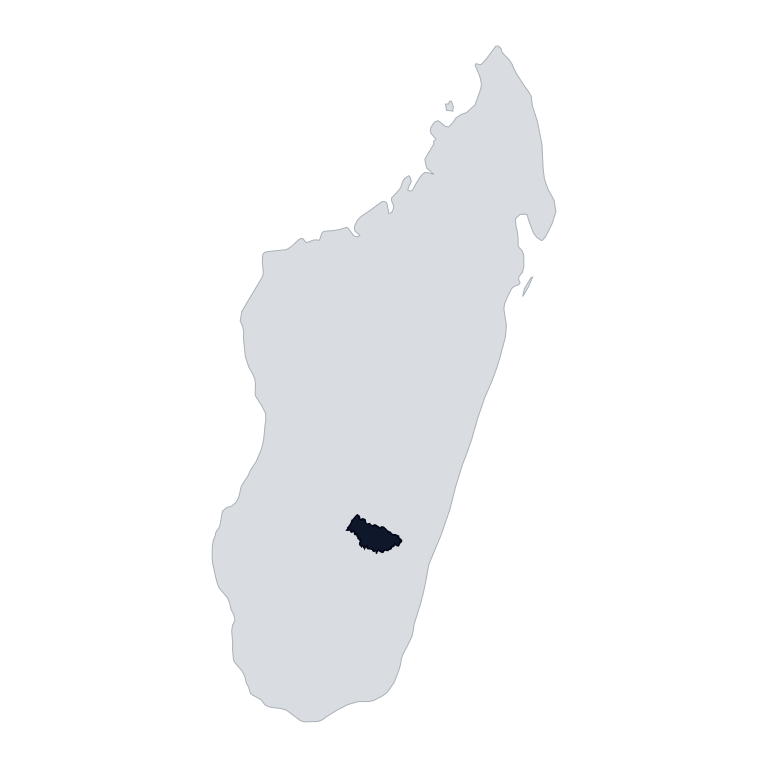 Ambalavao, Haute Matsiatra, Madagascar (highlighted)
{"feature_id": "10022922B7475622417535", "entity_name": "Ambalavao", "entity_type": "district", "adm_level": 2, "iso_a3": "MDG", "parent_name": "Madagascar", "parent_adm1": "Haute Matsiatra", "projection": "orthographic", "projection_center": [46.669, -21.841], "detail": "fine", "context": "in_parent", "style": "filled", "palette": "ink", "viewbox_px": 768, "rotation_deg": 0, "n_neighbors": 0, "source": "geoboundaries", "source_scale": "gbopen_adm2", "svg_char_len": 8718}
<svg xmlns="http://www.w3.org/2000/svg" viewBox="0 0 768 768"><path d="M511.9,63.9L514.1,69.1L516.7,74.1L524.7,86.4L528.2,91.1L531.1,96.1L532.4,105.9L537.4,121.4L542.0,144.5L543.1,168.2L544.4,179.1L548.1,189.4L554.1,200.2L555.9,212.1L551.9,224.1L546.2,235.5L544.8,237.6L542.1,240.5L541.0,240.3L536.7,237.3L533.2,232.4L528.8,220.8L527.2,215.0L525.4,214.1L520.0,214.5L516.1,218.0L515.4,220.2L516.1,226.7L517.5,232.5L518.1,238.4L518.1,245.8L519.5,248.1L521.6,250.0L523.7,254.9L523.9,266.5L522.4,272.3L518.6,277.2L518.8,280.0L520.1,282.9L518.8,284.6L513.8,286.6L511.8,288.5L509.0,293.6L504.5,303.9L503.9,309.2L506.4,325.5L505.4,337.0L499.6,358.8L496.3,369.2L491.7,381.6L484.6,398.0L477.6,418.5L471.6,439.7L467.2,452.4L462.3,465.0L455.5,487.1L449.8,509.7L441.3,534.5L429.8,562.1L428.6,565.7L426.1,579.8L423.5,592.1L420.4,604.3L414.1,624.3L413.3,630.5L411.9,636.5L405.8,649.0L403.2,653.7L401.4,658.7L400.4,665.0L398.6,671.1L394.2,682.3L387.6,691.9L383.2,695.4L373.7,700.5L368.8,701.5L358.1,701.6L347.7,704.6L336.9,710.2L326.6,716.6L322.6,719.7L318.2,721.4L304.5,721.9L300.4,720.6L286.5,710.2L281.2,708.6L271.0,707.3L268.0,706.4L265.2,705.1L261.0,699.7L252.8,695.2L250.8,693.8L249.5,690.6L248.6,687.1L246.4,683.3L244.7,676.0L242.0,670.9L234.3,662.0L233.4,659.1L232.6,649.5L232.7,643.0L231.7,631.0L232.5,625.4L235.0,620.3L233.8,614.8L230.9,609.2L229.7,603.2L227.5,597.8L219.3,588.2L217.4,583.5L216.0,578.5L212.6,563.1L212.1,557.7L212.3,546.3L213.3,540.3L215.1,536.2L215.6,533.1L216.8,530.5L218.6,528.4L219.8,525.8L222.5,511.2L226.3,507.8L231.9,505.9L236.3,502.0L238.9,496.8L241.3,486.1L248.2,475.4L250.7,469.8L256.3,461.4L261.3,449.5L262.8,443.9L263.8,438.2L265.0,425.7L265.9,419.5L265.6,413.4L262.5,407.1L255.4,395.8L255.1,393.6L255.5,385.1L254.9,379.0L252.2,372.9L248.8,367.1L245.3,356.4L243.5,338.6L243.7,332.1L242.7,326.4L240.2,321.0L241.8,311.4L262.6,276.5L263.3,272.4L262.3,261.9L262.6,255.8L263.4,253.5L265.0,252.2L268.6,251.5L285.9,249.7L288.1,248.7L292.4,245.7L298.3,240.0L301.0,238.4L303.3,238.9L304.8,241.3L306.8,242.6L313.7,240.0L316.4,239.9L319.1,240.3L320.4,238.0L321.2,234.8L322.2,232.6L324.0,231.3L333.0,230.6L338.7,229.7L346.2,227.5L347.8,227.9L353.8,235.8L355.6,236.4L357.9,236.8L359.9,235.3L355.1,231.2L354.3,228.9L354.6,226.2L357.2,220.5L361.5,216.2L371.2,209.6L381.3,202.0L384.2,201.5L386.7,202.7L388.6,211.6L388.3,213.1L389.9,213.3L391.8,212.2L393.5,208.6L393.6,205.6L392.2,202.7L391.6,200.3L391.5,198.0L396.6,192.7L400.7,187.7L402.6,181.7L404.2,178.9L408.4,175.8L409.7,176.3L410.7,178.8L411.2,181.5L410.1,184.2L408.5,186.8L407.9,190.4L410.3,191.1L412.5,190.2L415.9,183.8L419.7,177.8L421.9,174.7L424.8,172.5L429.4,173.0L434.0,174.4L426.6,168.0L424.8,159.2L433.7,144.2L433.8,141.0L435.1,140.1L435.7,138.9L431.2,133.7L430.3,131.2L430.9,127.4L433.1,124.0L435.2,121.6L438.0,120.7L440.2,122.1L445.2,126.3L448.5,127.0L452.6,123.0L455.9,118.0L460.9,114.6L466.5,112.6L475.1,104.8L480.9,88.4L481.4,83.6L480.2,77.7L478.2,72.2L475.0,65.2L475.9,63.7L480.5,64.7L482.1,63.7L487.3,57.7L495.8,46.1L498.6,46.2L501.0,48.4L501.8,51.6L503.5,54.0L509.1,59.7L511.9,63.9ZM452.9,109.3L452.9,111.1L446.5,110.3L445.5,104.1L448.7,103.9L449.4,101.4L451.3,101.1L453.3,106.6L452.9,109.3ZM528.2,287.4L522.7,296.5L524.3,288.9L530.8,277.9L532.6,277.1L528.2,287.4Z" fill="#d9dde1" stroke="#a8b0b8" stroke-width="1"/><path d="M373.2,525.4L373.0,525.5L372.9,525.6L372.5,525.7L372.4,525.9L372.2,526.0L372.0,525.9L371.6,525.5L370.9,525.1L370.6,525.1L370.4,525.3L370.0,525.0L370.0,524.7L369.6,524.2L369.7,523.7L369.1,523.7L368.6,523.8L368.2,524.0L367.1,524.1L366.6,524.1L366.4,524.0L366.3,523.8L366.0,523.6L365.9,523.4L365.9,523.0L365.8,522.7L365.6,522.6L365.5,522.4L365.3,521.0L365.3,520.7L365.0,519.7L364.4,519.3L364.1,519.3L363.7,519.2L363.5,519.3L363.2,519.0L362.6,518.7L362.2,519.0L362.1,519.4L362.2,519.6L362.2,519.8L361.7,519.9L361.4,519.7L361.3,520.0L361.0,520.0L360.7,519.6L360.4,519.5L360.1,519.0L359.5,518.6L359.3,518.3L359.5,517.8L359.6,517.6L359.5,517.0L359.3,516.8L359.1,516.1L358.9,516.0L358.7,515.9L358.4,515.6L358.1,515.7L357.8,515.2L357.3,514.9L357.0,515.2L356.8,515.3L356.4,515.9L355.9,516.2L356.0,516.3L355.7,516.6L355.4,516.6L355.2,517.0L355.2,517.3L355.0,517.5L354.9,517.6L354.2,518.3L353.7,518.7L353.3,519.4L352.6,520.3L352.4,520.3L352.1,520.2L352.0,520.3L352.0,520.8L351.7,521.1L351.9,521.7L351.7,521.9L351.6,522.1L351.5,522.3L351.3,522.8L351.2,522.9L351.2,523.1L351.0,523.4L350.9,523.4L350.6,524.1L350.6,524.4L350.2,524.8L350.2,525.0L350.0,525.4L349.8,525.4L349.8,525.5L349.7,525.6L349.8,525.8L349.7,526.1L349.4,526.1L349.4,526.5L349.2,526.5L348.9,526.5L348.8,526.9L348.8,527.2L348.5,527.4L348.4,527.6L348.1,527.5L347.8,527.6L347.7,527.9L347.8,528.6L347.5,529.3L346.7,530.1L347.0,530.2L347.5,530.3L347.9,530.2L348.8,530.1L349.3,529.9L350.0,530.1L350.4,530.5L350.8,531.0L350.9,531.8L351.2,531.9L351.5,532.1L351.9,531.9L351.9,531.5L352.0,531.2L352.4,531.4L352.7,531.7L353.1,531.8L353.5,531.7L353.8,531.4L354.2,531.4L354.5,531.5L354.7,531.9L355.0,532.0L354.9,532.6L354.7,533.0L354.5,533.4L354.9,534.5L355.1,534.6L355.7,534.3L356.0,534.4L355.8,534.0L355.8,533.8L356.2,533.9L356.3,533.7L356.5,533.6L356.9,534.3L356.9,534.7L357.1,534.7L357.3,534.5L357.4,534.9L357.3,535.2L357.3,535.6L357.1,535.9L357.2,536.2L357.4,536.3L357.7,536.3L357.9,536.5L358.0,536.6L357.9,537.4L358.0,537.7L357.9,538.2L358.0,538.4L358.2,538.6L359.3,539.0L359.6,539.2L359.5,539.6L359.8,539.7L360.0,539.6L360.1,538.9L360.3,538.8L360.5,538.9L360.4,539.3L360.2,539.9L360.0,540.5L360.3,540.8L360.3,541.0L360.5,541.3L360.5,541.9L360.1,542.4L359.7,543.0L359.8,543.6L359.7,544.2L359.8,544.3L360.1,544.6L360.1,544.9L360.1,545.1L360.6,545.2L361.0,545.4L361.2,545.8L361.3,546.6L361.6,546.8L361.7,546.6L361.9,546.0L362.0,545.8L362.3,545.9L362.5,545.8L362.8,545.9L363.1,545.7L363.8,546.4L363.7,546.7L363.7,546.8L363.9,546.9L363.9,547.1L363.8,547.5L364.3,547.6L364.6,547.7L364.7,547.8L364.7,548.3L365.0,547.9L365.2,547.3L365.8,547.0L366.2,546.4L366.4,546.2L366.6,546.1L366.7,545.9L366.8,545.8L367.0,546.0L367.1,546.8L367.3,547.6L367.5,548.5L368.6,548.8L369.2,548.7L369.6,548.7L370.2,548.7L370.4,548.8L370.7,549.0L371.1,549.1L372.1,549.2L372.6,549.1L372.9,549.6L372.7,549.8L372.7,550.1L373.0,550.4L373.0,550.7L373.2,550.9L373.5,550.9L373.6,551.0L373.8,551.3L374.1,551.3L374.6,551.1L374.7,550.9L374.8,550.7L375.0,550.7L375.5,550.8L375.9,551.0L376.1,551.2L376.4,551.4L376.5,551.7L376.4,552.1L376.4,552.4L376.3,552.6L376.3,552.9L376.3,553.0L376.5,553.1L376.6,552.4L376.9,552.1L377.5,551.3L377.7,550.6L377.7,550.4L378.2,550.2L379.1,550.3L379.3,550.8L379.6,551.0L380.2,551.3L380.8,551.8L381.1,551.8L381.2,551.6L381.4,551.7L382.1,552.4L382.3,552.4L383.1,552.1L383.4,551.7L383.2,551.4L383.4,551.0L384.1,550.7L384.3,550.1L384.6,550.1L384.9,549.6L385.0,549.7L385.1,549.9L385.5,550.1L386.0,550.0L386.4,550.1L386.6,550.3L386.8,550.4L387.3,550.3L387.7,550.5L387.9,550.5L388.3,550.2L388.5,549.7L389.0,549.5L389.1,549.1L389.3,549.0L390.0,549.1L390.4,548.9L390.7,549.0L390.8,548.9L391.2,548.4L391.4,547.9L391.4,547.7L391.3,547.2L391.3,546.7L391.7,546.5L392.7,546.7L393.0,546.5L393.5,546.4L393.8,546.1L393.9,545.5L394.2,545.2L394.3,544.4L394.8,543.7L395.0,543.8L395.3,544.4L395.6,544.8L396.0,544.9L396.4,545.3L396.7,545.2L397.1,545.6L397.3,545.6L397.5,545.5L397.9,545.8L398.3,545.9L398.7,545.4L398.9,545.1L399.0,544.5L399.5,543.8L399.9,543.0L399.9,542.6L399.8,542.3L400.1,542.2L400.7,542.3L401.2,541.7L401.4,541.4L401.3,541.0L401.4,540.8L401.3,540.6L401.5,540.3L401.4,540.2L401.1,540.2L400.9,540.0L400.8,539.6L400.2,539.0L400.1,538.9L399.8,538.7L399.4,538.2L399.1,538.2L398.9,538.0L398.6,538.0L397.7,537.2L397.9,537.1L398.1,536.8L398.4,536.9L398.6,536.6L398.6,536.3L398.5,536.0L398.3,535.9L398.0,535.9L397.6,536.0L397.2,535.9L396.9,535.5L396.4,535.4L396.2,535.2L395.9,534.9L395.7,535.1L395.0,535.0L394.8,534.7L394.7,534.7L394.6,534.8L394.4,535.0L394.1,535.0L394.0,534.7L393.9,534.7L393.5,535.1L393.3,535.1L393.2,534.9L392.8,534.8L392.5,534.5L392.4,534.3L391.9,534.2L391.6,534.1L391.2,533.7L391.1,533.3L390.2,532.2L389.6,532.4L389.4,532.0L389.2,531.9L388.8,531.9L388.6,532.0L388.5,531.7L388.3,531.8L388.0,531.8L387.9,531.7L387.7,531.1L387.4,531.0L387.2,531.1L386.9,530.7L386.8,530.4L386.7,530.3L386.6,530.2L386.4,530.1L386.2,529.7L385.4,528.8L385.1,528.7L384.9,528.7L384.6,528.6L384.4,528.3L384.4,528.0L384.2,527.7L383.4,527.2L382.9,527.3L382.8,527.0L382.7,527.0L382.2,527.3L382.0,527.0L381.6,526.9L381.1,527.2L381.1,527.6L380.9,527.6L380.8,527.8L380.3,528.0L380.2,528.2L379.7,527.9L379.2,527.9L379.0,527.6L378.6,527.3L378.4,527.3L378.2,527.1L378.2,526.7L377.5,526.4L377.1,526.6L376.9,526.0L376.6,525.9L376.4,525.6L376.2,525.7L375.4,525.2L375.1,524.9L374.5,524.9L374.2,525.5L374.3,525.8L374.2,526.0L373.9,525.6L373.2,525.4Z" fill="#0f172a" stroke="#020617" stroke-width="1.5"/></svg>